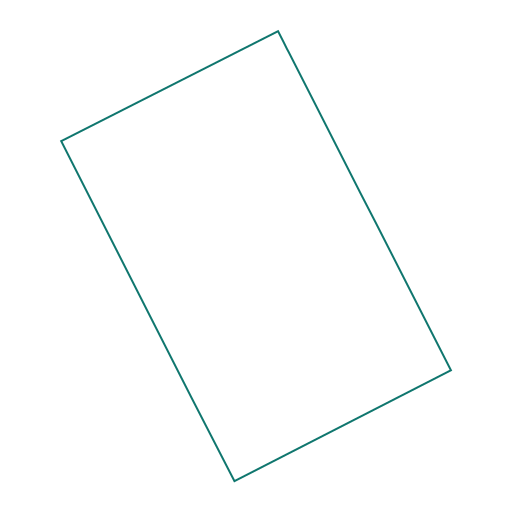 outline of Worth, Iowa, United States of America, rotated 63°
{"feature_id": "52423323B83558123373656", "entity_name": "Worth", "entity_type": "district", "adm_level": 2, "iso_a3": "USA", "parent_name": "United States of America", "parent_adm1": "Iowa", "projection": "robinson", "projection_center": [-93.275, 43.377], "detail": "fine", "context": "isolated", "style": "outline", "palette": "teal", "viewbox_px": 512, "rotation_deg": 63, "n_neighbors": 0, "source": "geoboundaries", "source_scale": "gbopen_adm2", "svg_char_len": 363}
<svg xmlns="http://www.w3.org/2000/svg" viewBox="0 0 512 512"><g transform="rotate(63 256 256)"><path d="M446.3,134.2L426.3,134.2L329.8,134.2L281.8,134.2L247.2,134.4L144.8,134.3L121.1,134.3L88.9,134.3L85.5,134.4L78.0,134.3L73.0,134.3L65.7,134.3L65.2,377.4L256.4,377.7L352.2,377.8L446.8,377.4L446.3,134.2Z" fill="none" stroke="#0f766e" stroke-width="2"/></g></svg>